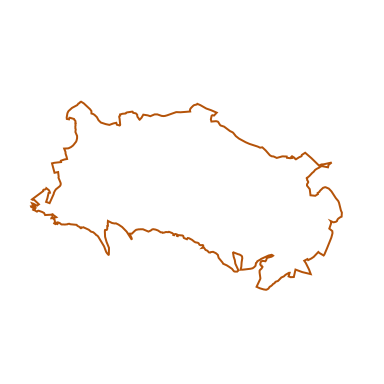 Livezeni, Mures, Romania (Robinson projection), rotated 18°
{"feature_id": "2599482B72473858292431", "entity_name": "Livezeni", "entity_type": "district", "adm_level": 2, "iso_a3": "ROU", "parent_name": "Romania", "parent_adm1": "Mures", "projection": "robinson", "projection_center": [24.65, 46.548], "detail": "fine", "context": "isolated", "style": "outline", "palette": "amber", "viewbox_px": 384, "rotation_deg": 18, "n_neighbors": 0, "source": "geoboundaries", "source_scale": "gbopen_adm2", "svg_char_len": 5982}
<svg xmlns="http://www.w3.org/2000/svg" viewBox="0 0 384 384"><g transform="rotate(18 192 192)"><path d="M262.2,250.9L264.7,250.0L271.4,246.9L273.2,245.8L274.4,244.2L275.2,242.5L274.8,239.8L275.3,239.2L275.5,237.7L277.8,235.2L278.5,234.2L284.5,228.7L287.2,227.1L288.3,227.3L288.8,227.5L287.7,228.9L284.4,231.0L283.8,231.5L283.6,232.3L283.6,233.9L283.2,235.2L280.7,235.6L279.9,236.1L279.3,236.8L279.0,237.5L279.2,239.6L280.1,240.6L281.0,240.5L281.3,241.1L282.2,241.5L281.8,243.3L280.7,245.3L280.6,246.0L281.2,247.8L283.7,252.9L283.8,253.6L282.7,262.2L286.1,262.6L290.2,262.5L292.7,262.1L293.9,261.1L294.6,260.1L295.2,258.1L296.0,257.3L297.0,255.8L297.6,254.3L298.6,253.3L299.2,251.6L301.3,250.0L303.4,245.7L305.5,243.8L306.5,241.9L309.2,238.9L309.8,238.7L309.9,242.4L312.2,242.5L315.1,241.4L314.4,233.8L321.6,234.1L330.3,233.4L327.2,229.5L322.1,224.3L320.0,222.7L322.5,220.1L323.5,220.9L326.3,218.1L326.8,217.3L327.7,216.3L330.7,210.0L331.9,210.6L336.8,211.7L337.2,210.7L337.8,204.0L338.6,192.3L338.4,188.4L338.3,187.6L337.5,185.8L333.9,184.4L334.0,179.0L333.3,177.1L332.9,176.8L335.6,177.1L336.2,177.0L338.0,175.9L338.8,174.9L338.9,173.2L339.3,172.2L340.6,170.4L341.9,169.2L340.9,165.3L339.3,163.5L335.2,156.9L333.9,155.4L330.7,153.4L324.4,148.3L321.1,146.5L317.7,146.2L317.1,146.3L315.4,147.5L313.6,150.8L313.2,151.8L313.1,152.5L311.8,154.2L312.4,155.1L310.4,157.5L305.7,158.5L303.1,152.9L299.4,150.4L299.0,149.1L299.1,148.5L299.4,147.5L299.5,146.8L299.2,146.2L297.7,144.9L297.5,143.9L296.8,143.4L296.8,143.1L297.5,142.4L298.6,140.7L300.4,136.8L301.5,135.1L302.2,133.1L303.4,131.5L305.6,129.3L306.4,128.0L307.8,127.2L313.7,126.5L313.5,124.0L315.7,120.8L308.8,124.9L306.6,125.8L304.6,127.6L295.1,122.9L287.5,119.7L285.0,122.8L285.1,124.0L284.8,124.4L283.3,125.7L280.7,128.8L280.1,128.7L278.8,127.8L276.1,127.1L275.6,128.0L276.5,128.8L275.0,129.5L271.7,130.1L271.1,129.0L266.9,130.2L262.1,133.4L258.6,133.0L256.7,133.4L254.7,133.0L249.2,129.7L245.1,127.8L243.0,128.8L240.5,128.5L231.9,128.5L227.7,128.1L220.2,126.7L216.4,125.3L213.1,123.1L212.2,122.7L209.3,122.3L202.3,119.9L198.6,119.9L197.7,119.4L195.4,117.4L194.8,117.1L193.0,117.2L188.7,119.0L187.5,117.1L187.1,113.5L187.6,112.7L189.3,112.5L191.0,108.9L184.7,108.3L179.8,108.2L173.1,106.8L169.8,106.5L169.5,107.3L167.2,108.7L166.5,109.6L165.3,111.9L164.8,113.2L164.7,113.7L164.8,115.0L165.4,116.0L165.2,116.1L156.5,119.7L152.3,120.9L144.6,126.8L142.8,128.0L141.4,128.6L139.6,129.0L135.0,128.9L132.4,129.8L128.9,132.8L126.2,132.8L121.8,133.5L121.0,137.1L119.9,139.4L119.3,139.2L118.1,138.1L117.3,137.7L116.3,136.4L116.0,135.5L114.7,134.7L114.0,134.6L111.6,134.9L110.7,134.0L110.4,134.0L105.6,136.4L104.9,137.0L104.9,137.5L104.5,137.9L101.7,139.1L99.6,140.5L100.1,141.6L99.5,142.3L99.5,143.0L100.5,144.7L102.9,150.2L102.9,150.7L102.6,151.1L99.7,151.2L98.6,149.6L96.0,151.1L92.7,153.7L89.0,154.1L83.9,154.1L80.9,152.6L78.4,150.2L75.5,148.8L74.1,148.4L72.1,148.4L71.3,146.1L69.5,144.8L61.6,141.1L58.6,140.4L58.0,140.9L57.4,142.4L56.7,142.8L56.0,144.8L51.9,149.1L49.6,153.1L49.3,154.4L49.2,155.7L49.8,159.9L50.4,161.2L52.6,160.9L52.5,159.3L53.4,159.1L57.2,159.0L58.1,159.9L58.9,160.2L59.6,161.4L59.7,162.4L60.2,162.6L60.1,163.4L60.6,164.3L60.7,165.4L61.5,167.7L62.0,168.2L62.6,171.0L65.4,174.2L66.1,176.4L66.3,178.9L66.2,180.0L65.1,183.0L64.4,184.7L63.0,186.7L60.9,188.7L57.0,190.2L59.3,193.0L59.9,194.6L61.8,197.2L63.0,199.2L60.6,200.5L57.6,202.8L58.2,204.0L52.0,206.8L50.0,208.0L55.3,216.2L58.5,214.4L60.5,218.7L60.6,219.7L64.1,223.8L64.7,224.9L64.8,226.2L64.5,227.3L61.7,231.6L61.2,233.5L60.9,235.5L61.1,236.4L60.0,246.6L56.3,246.5L56.4,242.8L55.9,237.2L57.1,236.6L56.4,235.5L55.3,234.5L52.3,233.4L52.3,233.9L51.4,235.1L50.4,235.5L50.0,236.0L49.9,236.6L50.2,237.1L42.1,248.5L42.8,248.7L43.8,248.3L44.5,248.3L50.2,251.0L48.8,252.9L45.0,252.2L43.4,252.2L44.4,253.2L47.2,254.3L47.3,254.7L47.1,254.8L45.9,254.5L45.2,255.0L43.9,255.1L43.3,255.4L43.6,255.8L46.7,256.4L46.7,257.1L46.4,258.0L46.8,258.1L47.8,257.1L47.6,258.0L49.4,258.3L50.3,258.6L50.7,258.5L51.3,257.5L51.9,257.2L55.7,257.3L57.8,257.7L59.4,259.3L65.6,256.9L66.0,256.3L66.3,256.2L66.6,256.4L66.2,257.1L66.4,257.6L66.7,257.7L67.3,256.9L67.7,256.9L70.7,257.9L69.1,259.1L66.4,259.8L66.4,260.4L67.8,259.9L69.9,260.9L70.9,262.8L70.6,264.4L72.0,264.7L72.3,264.2L73.9,264.1L74.0,263.5L73.0,262.8L73.6,262.4L74.6,262.3L76.0,262.5L77.8,263.2L81.2,262.2L83.5,261.2L84.0,260.6L85.4,260.1L86.1,260.3L92.4,258.9L93.5,259.6L96.4,260.1L96.7,260.5L97.4,260.8L97.6,260.7L97.5,260.1L97.8,259.8L99.0,259.6L99.6,259.1L105.5,259.8L108.2,260.9L110.6,260.8L113.4,262.0L114.1,262.5L115.6,262.8L116.8,263.6L125.2,270.9L128.8,275.4L130.0,276.4L131.8,277.5L132.1,277.5L132.2,277.0L130.3,270.8L126.1,265.8L123.2,261.5L121.4,256.7L121.0,255.2L121.1,254.9L122.6,254.4L122.8,253.3L121.9,250.4L122.5,250.1L121.5,247.6L121.0,245.5L125.6,246.2L128.4,245.8L129.3,245.3L132.2,245.7L136.4,246.9L142.1,249.9L148.9,255.5L149.2,255.2L148.8,254.5L146.7,252.2L145.8,250.8L147.7,250.2L149.6,246.6L150.6,245.2L153.0,243.9L156.9,242.6L162.8,243.1L164.6,241.5L165.8,239.8L166.8,239.3L169.0,239.0L171.5,239.1L174.7,240.0L176.2,239.6L176.7,239.9L178.4,239.0L179.4,238.2L181.9,237.5L182.3,237.0L182.8,237.0L185.9,237.2L187.5,237.9L187.6,238.7L188.4,238.6L188.6,237.5L189.1,237.1L190.7,237.0L191.2,237.5L191.3,238.4L192.1,238.4L192.4,237.2L196.4,236.3L197.2,236.5L198.4,238.2L199.1,238.3L201.8,238.5L202.2,237.1L203.5,236.9L206.9,237.5L209.4,238.5L210.7,238.8L213.2,238.5L214.1,238.7L215.5,239.9L216.7,239.9L218.5,239.2L219.1,239.3L219.3,239.7L219.5,240.8L218.9,242.0L220.5,241.2L222.8,242.9L224.8,243.1L226.7,244.2L228.0,244.0L228.4,243.4L230.5,242.4L233.6,242.8L236.0,243.8L237.7,246.4L242.9,249.7L243.8,250.6L247.7,251.0L250.4,251.7L253.8,252.7L256.3,254.4L257.1,254.5L259.5,253.8L260.3,252.4L259.9,251.7L255.3,246.7L253.8,243.6L251.7,240.8L249.8,237.1L250.1,236.6L254.9,236.9L256.6,236.8L258.7,237.3L259.5,237.8L260.3,239.5L260.9,243.5L262.0,247.9L262.2,250.9Z" fill="none" stroke="#b45309" stroke-width="2"/></g></svg>